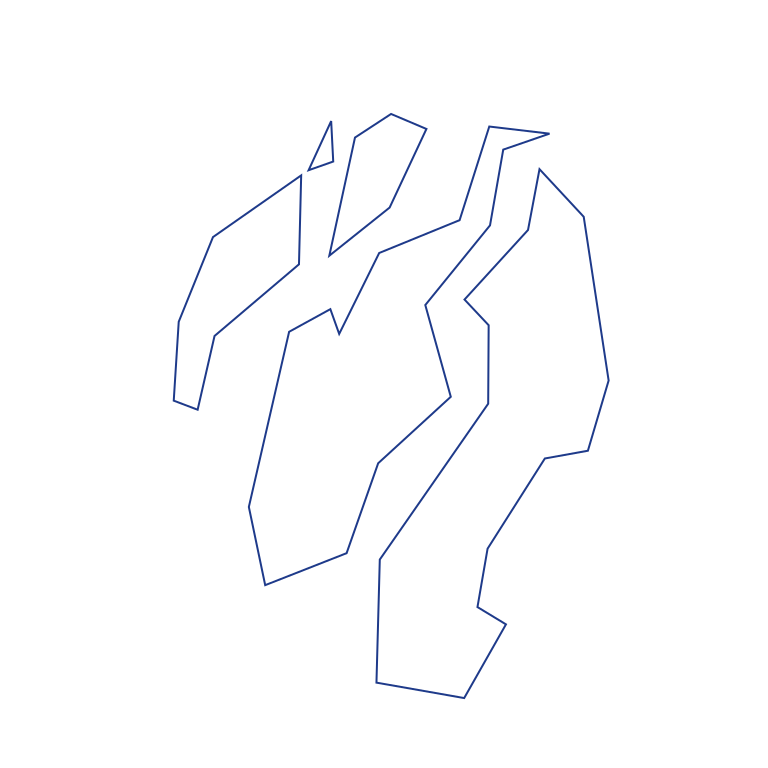 outline of Zeeland, rotated 287°
{"feature_id": "NLD-903", "entity_name": "Zeeland", "entity_type": "Province", "adm_level": 1, "iso_a3": "NLD", "parent_name": "Netherlands", "parent_adm1": "", "projection": "natural_earth1", "projection_center": [3.94, 51.477], "detail": "coarse", "context": "isolated", "style": "outline", "palette": "blue", "viewbox_px": 768, "rotation_deg": 287, "n_neighbors": 0, "source": "natural_earth", "source_scale": "10m", "svg_char_len": 769}
<svg xmlns="http://www.w3.org/2000/svg" viewBox="0 0 768 768"><g transform="rotate(287 384 384)"><path d="M189.8,570.9L107.1,552.5L96.2,464.1L214.9,431.3L395.6,489.4L470.8,466.9L488.3,436.3L573.4,476.7L634.9,469.9L602.3,526.1L453.0,597.8L379.8,598.5L359.8,559.6L256.8,531.2L198.0,538.6L189.8,570.9ZM671.8,469.1L643.0,429.5L566.7,439.0L471.6,400.4L391.3,451.6L306.5,401.6L211.3,397.7L156.9,329.2L226.9,290.7L406.2,278.0L439.9,310.8L418.8,326.5L507.9,341.1L562.8,408.4L661.0,409.4L671.8,469.1ZM474.5,177.5L559.3,243.8L473.6,267.7L380.4,207.9L304.9,213.3L306.6,187.8L383.5,169.5L474.5,177.5ZM640.3,350.0L554.4,337.8L490.7,294.2L611.2,284.2L644.3,311.8L640.3,350.0ZM620.0,256.6L581.9,270.4L566.4,249.4L620.0,256.6Z" fill="none" stroke="#1e3a8a" stroke-width="2"/></g></svg>